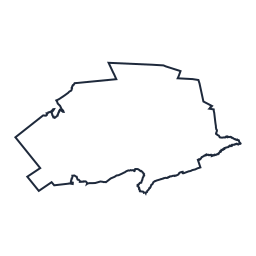 the district of La Cruz, Chihuahua, Mexico
{"feature_id": "50627088B14932470862023", "entity_name": "La Cruz", "entity_type": "district", "adm_level": 2, "iso_a3": "MEX", "parent_name": "Mexico", "parent_adm1": "Chihuahua", "projection": "albers", "projection_center": [-104.981, 27.9], "detail": "fine", "context": "isolated", "style": "outline", "palette": "slate", "viewbox_px": 256, "rotation_deg": 0, "n_neighbors": 0, "source": "geoboundaries", "source_scale": "gbopen_adm2", "svg_char_len": 5851}
<svg xmlns="http://www.w3.org/2000/svg" viewBox="0 0 256 256"><path d="M199.5,83.4L198.4,80.0L192.6,79.1L177.7,78.3L178.7,76.1L180.5,71.1L165.8,66.4L163.5,65.4L151.6,64.7L108.6,62.8L113.2,72.6L114.0,74.1L116.3,79.2L74.6,83.2L73.6,84.9L72.9,85.1L72.8,85.5L72.6,85.6L72.5,86.2L72.2,86.4L72.0,87.6L71.6,87.9L71.6,88.1L72.0,88.4L71.4,90.3L71.2,90.6L69.3,91.6L68.2,92.8L64.5,95.5L58.6,99.4L56.3,100.4L57.3,102.1L57.7,103.5L60.1,105.9L61.5,108.9L62.0,109.5L62.6,110.0L62.9,110.7L63.2,110.8L63.3,111.2L63.6,111.9L63.1,111.9L63.0,111.6L62.6,111.3L62.1,111.2L61.7,110.9L61.4,110.5L61.5,110.1L61.2,109.8L59.9,109.7L59.8,110.0L59.8,110.3L59.3,110.6L59.4,111.2L59.4,111.4L59.0,111.7L59.0,112.0L58.7,112.2L58.7,112.5L58.4,112.8L58.4,113.2L58.2,113.4L58.1,114.1L57.8,114.4L57.8,114.8L57.7,115.3L57.4,115.2L57.1,115.9L56.7,116.4L56.1,116.7L55.5,117.3L55.4,117.3L54.7,117.9L54.4,117.9L54.2,117.8L53.8,116.9L53.5,117.0L53.5,116.6L53.3,116.6L53.1,116.7L52.4,115.1L52.2,114.9L52.2,114.7L52.3,114.4L52.0,113.7L51.5,112.7L51.4,112.4L51.9,112.1L53.2,110.5L52.7,110.0L52.8,109.7L54.0,109.3L54.1,109.1L53.2,109.2L52.5,110.0L52.1,110.9L51.6,110.9L50.8,111.7L50.5,111.8L50.2,111.8L49.7,112.1L49.3,112.1L48.6,112.5L48.3,112.4L47.6,113.4L46.7,113.3L46.8,113.8L46.7,114.0L46.9,114.4L46.8,114.9L46.6,114.9L46.4,115.3L45.9,115.7L45.4,115.6L44.5,115.6L44.0,115.4L43.0,115.5L15.4,137.3L40.2,168.1L27.3,176.7L38.8,190.9L51.6,182.2L54.2,185.3L69.0,183.6L69.2,183.4L72.7,184.0L72.8,183.0L72.8,182.6L70.9,182.2L70.9,181.1L71.2,180.5L71.2,180.0L71.6,179.5L71.6,178.5L71.9,178.4L72.2,177.9L72.4,176.8L72.5,176.1L72.4,175.7L74.4,175.5L76.4,176.8L76.7,176.8L77.3,178.9L77.6,179.6L77.8,179.7L78.8,179.8L80.2,181.3L80.1,181.5L81.4,181.6L81.2,181.8L83.4,181.7L83.4,181.4L83.9,181.3L84.3,181.4L85.7,181.4L87.0,182.7L87.1,183.3L86.9,184.0L87.6,183.5L89.6,183.1L93.3,183.1L95.3,183.0L100.4,181.5L102.7,181.8L103.6,182.1L105.4,182.0L105.9,182.2L110.8,178.4L114.6,176.8L116.5,175.5L118.6,175.2L122.5,173.4L123.6,172.8L124.8,172.3L126.2,171.3L127.8,170.6L128.5,170.4L129.2,170.6L130.4,170.3L130.7,170.1L131.7,170.4L132.5,170.2L133.6,170.2L133.9,170.3L134.0,170.9L134.4,171.1L134.7,170.9L134.8,170.5L134.7,169.7L135.1,169.1L135.8,169.0L137.8,169.1L139.5,170.1L139.6,170.4L140.0,170.7L140.6,171.1L140.8,170.9L141.2,170.9L142.5,172.0L142.6,172.5L143.4,173.1L144.0,173.9L143.7,174.2L144.1,175.3L143.8,175.7L143.9,175.8L143.4,176.2L143.4,176.8L143.0,177.3L142.7,177.9L142.6,178.7L142.4,179.1L142.4,179.4L142.3,179.6L142.3,180.0L142.0,180.3L141.8,180.7L141.6,181.8L141.2,182.2L141.2,182.7L140.7,182.9L139.9,182.9L139.7,183.1L139.1,183.8L138.8,184.5L137.6,184.8L137.5,185.9L138.1,186.0L138.5,187.2L139.1,187.6L139.0,188.8L139.5,189.2L139.3,189.6L140.0,190.5L139.9,190.9L140.1,191.0L140.1,191.3L143.0,191.6L143.7,192.4L143.8,192.7L144.2,192.5L145.0,192.5L145.3,192.5L145.7,193.2L145.8,192.8L146.0,192.6L147.1,191.9L147.3,190.8L148.5,189.8L149.3,188.5L149.3,188.2L149.9,188.1L150.2,187.4L150.5,187.2L150.6,186.6L151.2,185.5L151.2,185.0L151.5,184.7L152.4,184.2L153.1,182.8L153.3,182.5L153.3,182.3L154.7,181.2L155.2,181.0L155.5,181.1L156.3,180.6L160.0,179.5L161.2,179.0L161.6,179.1L162.9,178.5L163.4,178.5L163.9,178.1L164.4,178.1L165.0,177.9L165.7,177.8L166.4,178.0L166.8,177.9L167.7,177.9L168.4,177.3L168.4,177.1L169.3,177.0L169.4,176.7L169.7,176.6L170.1,176.3L170.4,176.4L171.1,176.4L173.2,175.7L174.6,176.0L174.9,175.5L175.2,175.5L175.7,175.7L175.9,175.7L176.5,175.3L177.0,175.2L178.4,174.5L178.8,173.7L179.1,173.5L179.1,173.2L179.4,172.9L180.2,172.4L182.4,171.8L182.7,171.8L182.7,173.2L183.0,173.3L183.7,173.2L188.8,171.3L189.7,171.2L191.0,170.8L192.3,170.1L193.6,169.8L195.3,169.4L197.3,168.4L200.4,167.4L197.9,159.9L198.3,159.8L198.6,159.3L199.1,159.3L199.4,159.6L199.7,159.3L199.9,159.5L200.1,159.4L200.4,159.2L200.6,158.6L201.1,158.2L201.7,157.1L202.2,157.0L202.9,156.5L203.8,156.2L204.1,155.7L204.7,155.4L205.5,155.5L205.6,155.3L205.5,155.1L205.6,154.9L205.9,154.9L206.0,154.7L206.3,154.5L206.6,155.0L207.1,154.7L207.6,154.9L208.1,154.7L208.6,154.8L208.4,155.1L208.6,155.2L209.3,155.2L210.0,155.1L211.0,154.7L211.2,154.9L211.5,155.6L212.0,155.4L211.9,156.0L212.5,155.8L212.5,155.4L213.1,155.4L213.1,155.2L213.4,155.1L214.1,155.4L214.4,155.3L214.7,154.7L215.8,155.0L216.0,154.7L217.1,154.2L217.6,154.3L217.7,154.0L217.9,153.8L218.2,153.9L218.4,153.7L218.6,153.8L218.8,153.7L218.9,153.2L219.1,152.7L219.5,152.4L219.9,152.0L220.4,152.0L220.7,151.9L221.0,151.4L220.5,151.0L221.5,150.4L221.5,149.9L222.4,150.0L223.1,149.8L223.5,149.5L223.3,149.2L223.7,148.9L224.1,148.8L224.2,149.0L224.3,149.0L224.3,148.7L223.7,148.6L224.5,148.0L225.7,147.8L226.0,147.5L226.5,147.5L227.0,147.3L228.3,147.1L228.6,146.8L228.7,146.4L229.3,146.2L229.5,145.9L229.7,146.1L230.2,145.8L230.4,146.1L230.7,146.0L230.9,145.8L231.2,146.0L231.6,145.7L231.7,145.4L232.0,145.7L232.5,145.1L232.9,144.7L233.3,144.8L233.7,144.7L234.1,144.8L234.5,144.7L234.7,144.4L235.2,144.1L235.6,144.3L236.1,144.2L236.5,143.7L237.1,143.8L237.7,144.3L238.1,144.3L238.3,144.5L239.0,144.1L239.1,143.9L239.7,143.9L240.0,143.7L240.4,143.8L240.6,143.6L240.5,143.3L239.3,142.1L238.8,140.3L238.6,140.1L237.5,140.1L237.2,139.7L236.9,140.0L236.2,139.7L235.8,139.4L235.6,139.5L235.3,139.2L234.6,139.2L234.3,138.9L233.3,138.5L232.9,138.0L232.6,137.9L232.3,137.7L231.7,137.8L231.4,137.6L231.3,137.2L231.1,137.0L230.3,136.8L229.1,137.1L228.6,136.9L227.7,137.2L227.4,136.4L226.6,136.4L226.3,136.5L226.4,137.0L225.9,137.2L225.6,137.4L225.1,137.2L224.4,137.5L223.5,137.4L222.7,137.6L220.9,137.6L220.3,137.3L219.8,137.3L219.4,136.8L219.3,136.4L218.8,135.6L217.4,135.0L217.0,134.4L216.2,134.1L216.0,133.5L216.9,131.0L216.9,130.1L216.3,129.3L215.9,127.3L215.9,126.1L215.4,122.9L214.2,112.7L213.8,111.1L213.7,109.4L209.4,108.7L209.9,108.2L210.1,107.6L210.4,107.2L211.4,106.8L211.6,106.4L212.0,106.0L203.4,101.5L199.5,83.4Z" fill="none" stroke="#1e293b" stroke-width="2"/></svg>